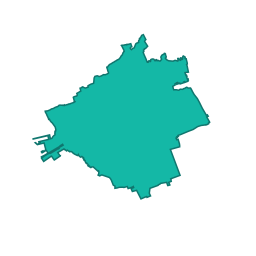 outline of Kota Probolinggo, Jawa Timur, Indonesia, rotated 234°
{"feature_id": "22746128B48742890195125", "entity_name": "Kota Probolinggo", "entity_type": "district", "adm_level": 2, "iso_a3": "IDN", "parent_name": "Indonesia", "parent_adm1": "Jawa Timur", "projection": "mercator", "projection_center": [113.213, -7.771], "detail": "fine", "context": "isolated", "style": "filled", "palette": "teal", "viewbox_px": 256, "rotation_deg": 234, "n_neighbors": 0, "source": "geoboundaries", "source_scale": "gbopen_adm2", "svg_char_len": 5875}
<svg xmlns="http://www.w3.org/2000/svg" viewBox="0 0 256 256"><g transform="rotate(234 128 128)"><path d="M190.3,70.9L189.4,70.5L186.9,70.2L186.0,69.9L183.1,69.4L181.6,68.9L181.4,69.6L179.8,69.3L177.7,69.4L176.8,69.7L171.7,69.7L169.2,68.7L168.1,67.8L168.3,67.0L168.0,66.8L167.5,66.7L167.3,66.2L166.6,65.6L166.2,65.6L165.4,64.8L165.4,63.5L165.2,62.3L164.4,60.3L164.9,58.9L168.5,60.5L175.0,44.9L174.8,44.8L168.9,58.7L165.4,57.2L169.3,47.8L168.8,47.6L168.3,48.7L167.4,48.3L167.9,46.6L167.4,46.4L168.0,45.1L170.5,44.6L170.6,44.3L167.8,44.9L165.2,51.3L159.4,49.0L158.4,47.8L158.6,45.9L159.5,45.9L159.8,44.2L159.2,44.1L159.2,43.9L158.4,43.9L158.0,48.7L157.8,48.8L155.8,48.6L155.1,48.5L154.7,48.1L155.0,44.3L155.7,40.3L154.9,44.2L153.4,60.2L153.2,61.9L153.4,62.2L153.5,62.7L153.3,65.5L152.2,65.4L152.5,62.2L152.8,62.0L152.9,60.5L152.0,60.4L152.0,59.5L153.0,59.4L153.1,59.1L153.2,58.4L152.4,58.2L153.1,50.3L153.2,50.1L154.0,49.3L154.5,44.2L154.5,40.3L150.5,40.1L150.3,49.5L150.1,49.6L145.6,49.5L145.4,49.6L145.2,56.8L145.3,56.9L145.4,56.6L149.4,56.8L148.7,63.9L148.2,64.0L147.8,63.9L147.5,64.4L147.2,64.5L146.4,64.6L145.6,64.8L145.7,65.9L143.2,66.8L143.3,67.1L142.8,67.4L142.0,68.5L139.4,68.9L139.3,69.2L138.1,69.5L137.3,69.9L137.2,70.1L136.4,70.4L136.3,70.6L135.6,70.8L135.3,71.1L135.1,71.4L135.6,72.2L134.6,72.0L133.6,72.2L133.1,72.2L132.1,72.7L132.1,73.9L130.2,74.5L130.1,73.9L128.4,74.2L128.3,73.5L127.3,73.6L126.8,74.1L126.0,73.7L124.7,73.4L123.7,73.5L123.8,74.0L121.2,74.2L121.1,73.4L120.5,73.5L120.5,74.2L119.5,74.5L119.2,74.1L117.8,74.7L117.8,75.9L116.9,77.0L110.7,78.3L110.6,79.0L109.7,78.7L108.1,77.3L107.5,76.1L105.9,76.9L105.5,79.1L105.1,79.5L98.8,83.9L96.9,84.0L95.4,83.8L90.4,82.5L88.6,83.3L86.9,82.0L85.8,84.2L85.2,86.0L83.0,89.2L82.3,89.7L81.1,93.0L78.9,92.5L77.6,97.1L77.6,97.9L76.5,97.6L77.0,94.8L74.1,94.2L72.5,98.3L63.0,96.8L62.1,100.9L61.6,102.8L60.7,102.6L59.8,106.3L62.7,106.9L66.3,110.3L63.9,118.6L64.1,118.8L64.2,119.1L63.8,121.0L64.1,121.7L61.3,127.3L58.1,126.3L57.6,127.3L57.3,128.4L60.1,129.0L59.4,131.6L60.2,131.9L60.7,132.4L61.8,132.7L59.1,142.3L85.8,149.7L82.4,158.8L83.0,159.1L83.4,159.5L85.1,160.4L86.0,160.7L89.4,161.9L89.8,160.6L91.6,160.9L91.3,162.3L92.2,162.4L91.7,163.9L92.6,164.1L92.5,164.6L91.9,166.2L89.9,174.7L88.5,179.9L88.2,185.2L87.1,188.6L85.4,191.7L84.9,193.0L84.6,192.9L84.2,194.3L84.2,194.9L84.0,195.7L84.1,195.9L84.7,196.0L84.7,197.5L90.7,198.2L90.4,199.8L92.1,199.9L92.3,198.9L100.2,199.7L106.6,200.8L111.1,201.4L116.2,201.2L119.0,201.5L122.2,202.0L123.6,202.1L124.8,200.3L125.4,199.9L126.3,199.6L126.6,199.2L126.7,197.3L127.2,196.0L127.1,195.1L127.3,194.7L128.5,193.3L128.7,192.9L128.7,191.5L128.9,191.0L129.2,190.8L130.5,189.6L132.1,187.4L132.4,187.5L135.4,188.7L135.1,191.5L136.0,191.8L136.1,192.6L135.7,193.4L134.7,193.1L134.5,193.9L135.0,194.1L135.5,193.7L136.0,194.0L135.7,194.9L134.7,194.7L134.4,195.7L133.7,195.4L133.4,196.5L132.9,196.4L131.8,199.9L132.5,200.1L132.3,201.0L131.5,200.7L130.6,204.0L131.4,204.3L131.2,204.9L132.5,205.5L132.7,204.8L135.0,205.5L134.9,205.9L135.0,206.0L136.4,206.4L136.6,205.8L138.1,206.2L139.3,206.7L137.7,209.7L143.4,212.3L144.9,212.7L144.9,213.6L146.2,214.3L149.0,215.4L149.8,215.8L150.6,215.0L150.9,215.1L151.4,215.7L152.0,215.9L152.6,215.5L153.5,215.3L153.7,215.2L153.8,214.9L153.6,214.4L153.0,213.7L152.0,213.0L151.7,212.7L151.6,212.4L151.7,212.0L151.9,212.0L153.5,212.2L153.8,211.8L152.3,210.9L152.0,210.6L151.9,210.3L152.1,210.0L152.6,209.9L153.7,210.0L154.4,209.9L155.0,209.3L155.0,209.1L153.2,208.3L152.9,207.7L153.0,207.5L154.6,206.3L155.0,205.9L155.2,205.5L155.5,204.0L155.8,203.5L158.5,200.4L160.1,199.5L161.0,199.6L161.3,199.3L162.1,199.1L162.7,199.5L162.9,200.6L163.2,200.8L165.2,201.4L165.8,201.8L166.5,201.8L167.0,201.3L166.7,200.8L167.0,198.6L166.9,197.8L166.4,197.0L166.2,196.4L165.8,196.1L165.0,195.8L164.4,195.8L163.9,195.6L163.6,195.0L163.6,194.2L163.3,193.8L163.3,193.3L164.0,192.6L164.9,192.2L165.0,192.1L165.3,191.0L165.8,190.9L166.3,191.3L166.8,191.0L166.8,190.6L166.4,189.8L166.5,189.4L168.6,189.3L169.5,188.3L169.9,187.2L169.9,186.6L168.7,185.5L168.6,185.2L168.8,184.9L169.6,184.9L170.0,184.7L170.1,183.9L170.0,183.5L169.4,183.2L169.3,182.9L169.5,182.6L169.8,182.3L170.2,182.3L170.9,182.4L173.1,183.1L177.9,184.1L180.4,184.8L180.6,185.8L182.0,186.4L181.9,187.0L182.0,187.5L182.4,187.7L182.4,188.0L182.0,188.9L182.6,192.0L188.3,192.3L188.9,193.4L189.0,194.4L194.5,195.3L194.9,193.4L194.1,192.3L194.1,191.9L193.6,190.6L193.7,189.9L192.9,189.6L192.7,189.2L192.6,188.4L192.0,187.5L190.9,186.9L191.6,184.8L191.5,183.7L189.2,180.1L189.6,178.6L189.3,176.9L190.0,176.6L191.4,176.8L191.7,177.7L191.6,178.9L194.6,179.8L195.5,177.4L196.3,176.3L196.0,176.0L196.0,175.8L196.6,175.3L197.2,174.2L197.2,173.8L198.6,171.6L198.7,171.2L197.9,171.2L193.3,170.4L192.2,169.9L192.3,169.5L191.9,168.9L191.9,168.4L190.9,166.9L190.4,165.9L190.4,165.1L189.5,163.1L189.0,160.9L189.4,159.3L189.4,157.8L189.6,156.6L189.6,155.3L189.8,154.4L189.9,152.1L190.2,150.6L190.0,149.7L190.1,149.3L189.3,147.3L189.7,146.7L189.4,146.4L187.3,145.8L186.1,145.2L185.2,145.1L183.9,144.6L183.8,144.4L184.0,142.8L184.4,141.0L184.8,140.6L185.0,140.1L185.6,139.5L185.8,137.1L186.5,135.0L186.9,134.6L187.9,134.2L188.4,133.6L189.2,131.6L188.4,130.0L185.8,127.8L184.4,126.4L185.3,123.7L185.7,120.5L185.0,120.1L184.8,119.5L184.6,119.5L185.4,116.9L186.7,116.1L187.9,115.6L188.1,114.7L187.8,114.4L188.4,112.6L185.6,111.5L186.1,106.9L184.7,106.5L184.7,106.4L184.1,105.9L184.2,104.7L184.5,104.3L185.0,102.6L185.0,101.8L181.6,100.5L180.5,100.6L180.8,99.4L180.5,99.2L181.5,96.1L181.6,95.1L182.1,94.6L182.3,93.9L182.2,93.9L182.3,93.1L182.8,92.3L183.4,90.6L183.6,89.8L184.2,90.0L184.4,88.7L184.7,88.5L184.9,88.5L185.2,88.1L185.6,87.4L186.0,87.1L186.9,85.7L186.7,84.1L186.7,83.6L187.1,82.6L187.5,81.1L187.7,79.0L188.4,77.3L188.5,75.5L189.2,72.7L189.5,72.4L190.3,70.9Z" fill="#14b8a6" stroke="#0f766e" stroke-width="1.5"/></g></svg>